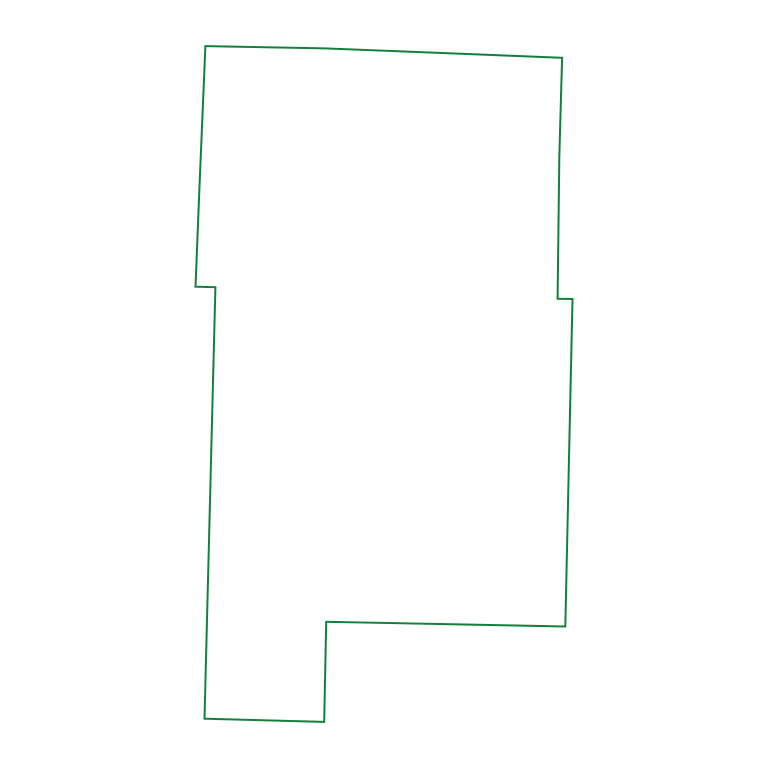 the district of Dallas, Missouri, United States of America
{"feature_id": "52423323B61703170015618", "entity_name": "Dallas", "entity_type": "district", "adm_level": 2, "iso_a3": "USA", "parent_name": "United States of America", "parent_adm1": "Missouri", "projection": "orthographic", "projection_center": [-93.034, 37.66], "detail": "fine", "context": "isolated", "style": "outline", "palette": "green", "viewbox_px": 768, "rotation_deg": 0, "n_neighbors": 0, "source": "geoboundaries", "source_scale": "gbopen_adm2", "svg_char_len": 292}
<svg xmlns="http://www.w3.org/2000/svg" viewBox="0 0 768 768"><path d="M324.2,721.9L326.2,621.8L565.3,626.5L572.5,299.0L557.6,298.8L559.3,157.6L562.1,57.8L325.5,48.4L205.4,46.1L199.5,186.3L195.5,286.7L215.4,287.2L204.5,718.7L324.2,721.9Z" fill="none" stroke="#15803d" stroke-width="2"/></svg>